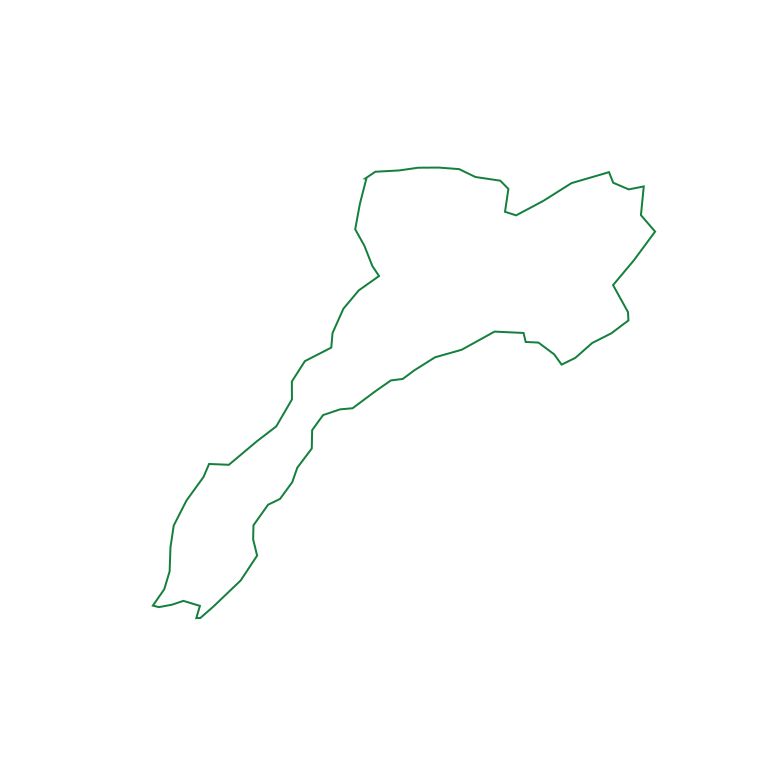 Hallsberg, Orebro, Sweden, rotated 310°
{"feature_id": "70781695B5690265718253", "entity_name": "Hallsberg", "entity_type": "district", "adm_level": 2, "iso_a3": "SWE", "parent_name": "Sweden", "parent_adm1": "Orebro", "projection": "equal_earth", "projection_center": [15.203, 59.02], "detail": "fine", "context": "isolated", "style": "outline", "palette": "green", "viewbox_px": 768, "rotation_deg": 310, "n_neighbors": 0, "source": "geoboundaries", "source_scale": "gbopen_adm2", "svg_char_len": 1166}
<svg xmlns="http://www.w3.org/2000/svg" viewBox="0 0 768 768"><g transform="rotate(310 384 384)"><path d="M581.8,528.5L589.8,530.4L595.9,524.7L607.0,495.9L639.2,495.9L675.0,493.7L678.5,472.3L702.3,456.0L690.4,446.4L685.5,430.2L690.9,420.2L658.4,398.5L626.6,388.3L598.1,376.8L593.7,366.0L613.4,353.9L614.5,342.4L601.3,320.9L596.9,303.4L584.8,286.6L571.6,271.1L557.4,258.4L541.0,240.9L529.5,237.6L530.1,238.4L506.2,249.9L484.0,262.5L477.2,280.3L466.9,299.2L463.5,310.8L439.6,304.5L415.6,304.5L390.0,311.8L378.0,320.2L350.7,308.7L326.7,311.8L313.0,323.4L282.3,328.7L258.3,323.4L222.4,317.1L210.3,301.4L196.8,305.5L167.7,307.6L140.4,313.9L121.5,325.5L102.7,340.2L85.5,347.6L65.7,349.4L68.4,355.0L78.6,363.4L88.9,369.7L95.7,385.6L84.0,390.7L86.7,393.7L104.2,396.4L141.4,400.5L171.0,397.1L180.9,383.6L191.9,374.8L217.0,372.8L229.1,378.2L249.9,376.8L264.1,371.4L288.2,370.1L302.5,358.6L321.1,357.3L336.4,366.7L345.2,375.5L373.6,382.2L391.2,387.0L399.9,395.1L414.2,398.5L437.2,405.9L460.2,421.5L495.2,435.0L512.8,458.1L507.3,465.5L515.0,475.7L516.1,495.4L513.0,507.6L527.1,513.8L549.2,517.1L569.1,525.6L581.8,528.5Z" fill="none" stroke="#15803d" stroke-width="2"/></g></svg>